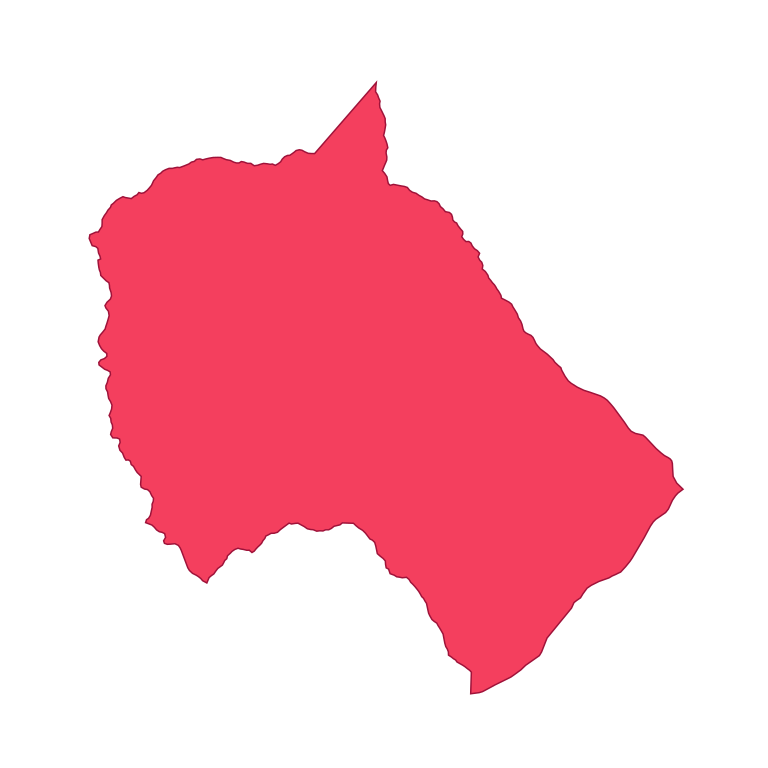 Selvíria, Mato Grosso do Sul, Brazil (Albers equal-area conic projection), rotated 6°
{"feature_id": "56859067B49043027609774", "entity_name": "Selvíria", "entity_type": "district", "adm_level": 2, "iso_a3": "BRA", "parent_name": "Brazil", "parent_adm1": "Mato Grosso do Sul", "projection": "albers", "projection_center": [-51.796, -20.268], "detail": "fine", "context": "isolated", "style": "filled", "palette": "rose", "viewbox_px": 768, "rotation_deg": 6, "n_neighbors": 0, "source": "geoboundaries", "source_scale": "gbopen_adm2", "svg_char_len": 6123}
<svg xmlns="http://www.w3.org/2000/svg" viewBox="0 0 768 768"><g transform="rotate(6 384 384)"><path d="M692.4,457.4L685.5,452.0L681.2,445.7L680.0,438.7L679.6,436.1L679.1,432.9L678.2,430.4L676.4,428.6L674.3,427.5L670.4,425.9L666.9,423.7L661.4,419.8L649.6,409.6L646.9,407.8L642.8,407.3L639.2,406.9L634.8,405.2L631.5,402.2L627.1,396.9L624.0,393.5L615.0,383.6L611.9,380.6L607.8,376.9L604.5,374.9L600.5,373.2L595.8,372.1L589.8,370.7L583.5,369.4L576.7,367.0L570.0,363.7L566.9,361.6L563.3,357.5L559.2,351.6L558.2,349.3L555.2,347.3L551.7,344.6L549.5,342.0L543.3,337.3L535.8,332.8L532.5,329.7L530.8,327.8L529.1,324.9L527.3,322.1L525.1,320.3L522.1,319.3L519.7,318.3L517.7,316.9L516.5,314.7L515.0,310.3L513.3,307.1L510.7,304.0L509.3,300.6L507.6,298.3L506.0,296.2L504.1,293.8L502.6,291.3L499.8,289.5L495.4,287.7L491.9,286.4L491.0,283.6L489.6,281.6L488.1,279.6L486.4,277.8L484.9,275.6L483.4,273.8L481.2,271.9L479.2,269.7L477.0,267.6L476.0,265.0L473.0,261.5L469.7,259.4L469.9,255.8L468.5,252.7L466.3,250.9L464.3,247.8L465.4,244.0L463.0,241.7L459.8,240.0L457.3,237.4L455.7,234.7L453.4,233.4L450.6,233.8L448.0,231.8L445.9,229.4L446.7,226.6L446.3,224.0L443.8,221.7L441.0,218.8L439.4,216.3L437.2,215.5L435.3,213.7L434.6,210.8L433.4,208.2L431.2,206.6L427.0,206.2L424.4,203.6L421.5,201.6L419.9,198.9L417.6,197.1L415.0,196.6L411.7,197.1L408.2,196.3L405.0,195.7L402.2,194.0L399.0,192.7L396.0,191.0L392.2,190.3L389.2,188.7L386.7,186.1L383.7,185.4L380.2,185.2L372.5,184.5L369.4,185.8L367.4,184.3L366.4,181.6L365.3,177.7L362.6,174.4L360.0,172.0L360.8,169.5L361.5,166.9L362.6,163.5L363.3,161.0L363.1,157.9L361.9,154.0L361.9,151.1L363.1,148.7L361.9,145.0L360.5,141.9L359.1,139.2L357.6,136.9L358.1,133.5L358.3,131.0L358.6,126.1L357.8,123.2L357.4,119.9L356.0,117.3L353.6,113.4L351.0,109.4L350.3,105.8L350.5,103.1L348.6,99.7L347.4,97.1L345.1,94.3L344.8,89.4L344.8,85.0L290.9,162.1L287.4,162.4L284.5,162.5L280.8,161.3L278.0,160.1L275.3,159.9L272.2,161.0L270.5,162.8L268.4,164.7L266.4,166.4L264.1,166.8L261.4,168.4L259.3,171.0L258.0,173.8L255.7,176.0L253.0,177.9L250.1,176.9L247.8,177.4L244.7,177.2L241.2,177.2L238.1,178.4L235.6,179.6L232.1,180.5L228.5,178.5L225.0,178.8L221.6,177.9L218.8,177.7L216.8,179.3L214.4,179.6L211.4,179.1L207.7,177.7L203.7,177.4L200.5,176.5L198.1,175.7L194.9,176.0L190.4,176.6L186.5,177.7L183.3,178.8L180.3,180.0L177.4,179.4L174.0,180.2L172.1,182.4L169.2,183.5L166.9,185.6L162.8,187.8L158.2,190.1L155.8,190.1L153.5,190.8L150.9,191.7L147.7,192.0L144.2,193.8L141.6,195.6L139.8,197.8L137.4,199.6L135.7,202.7L133.6,205.9L132.8,208.4L132.0,210.7L130.3,213.3L128.3,216.1L125.3,218.9L122.8,219.7L120.2,219.2L118.7,221.6L115.9,223.5L113.3,226.0L107.2,225.6L104.8,225.0L101.9,226.9L98.7,229.3L95.9,232.7L94.1,234.4L93.5,236.9L91.3,239.9L90.0,242.8L88.3,245.7L86.5,250.0L86.9,253.8L87.0,256.9L85.2,260.3L84.1,262.7L81.5,263.1L78.6,264.8L75.9,266.3L75.6,270.1L79.3,276.9L83.0,277.5L85.2,279.0L86.4,283.5L88.3,286.8L89.1,289.3L86.6,290.7L87.2,293.8L88.1,297.5L89.0,300.3L90.3,302.7L91.0,305.7L96.9,310.4L99.8,312.0L100.6,314.4L101.1,317.3L103.1,321.7L103.8,325.0L103.0,328.2L100.0,331.6L98.3,335.2L99.5,337.5L102.3,340.4L103.5,344.7L102.9,348.4L102.1,352.6L101.4,355.6L100.9,358.5L99.1,361.4L96.7,364.9L95.7,367.1L95.3,371.9L97.2,375.5L99.3,378.4L101.8,380.6L105.1,382.6L105.5,385.5L103.2,388.0L99.9,389.6L98.1,392.3L98.6,394.8L104.6,398.5L107.8,399.4L110.4,400.6L111.0,403.5L109.2,407.1L108.7,411.2L107.6,414.9L108.0,417.8L109.9,420.7L110.8,424.2L111.7,427.2L113.9,430.1L115.7,433.5L115.7,437.4L114.7,441.5L113.9,444.1L115.8,446.7L116.6,450.4L118.1,453.0L118.8,456.4L117.7,460.2L117.4,462.8L119.9,465.9L124.2,465.6L126.8,466.4L127.7,469.6L126.6,473.3L128.3,477.5L131.2,480.0L133.3,484.1L135.3,486.7L137.7,486.2L139.8,487.3L141.0,490.5L143.5,492.1L145.8,495.4L147.8,497.8L152.2,501.3L152.4,509.3L153.3,512.0L156.8,513.5L159.8,513.7L162.4,515.6L164.7,519.4L166.7,521.7L166.8,524.7L165.9,527.8L166.3,530.9L165.4,539.0L163.9,542.2L162.0,543.8L161.4,546.8L164.9,547.7L167.9,548.5L170.5,550.4L173.1,552.9L176.0,554.4L178.8,554.7L181.5,555.7L182.8,559.4L181.2,563.0L182.3,565.4L185.2,566.1L188.3,565.6L192.8,564.7L196.4,566.0L198.3,568.2L199.7,570.5L208.1,587.3L210.0,589.8L213.3,592.3L217.3,593.8L219.5,594.9L222.0,596.5L224.2,598.6L228.6,600.4L230.3,594.8L232.4,592.6L234.6,590.7L236.4,587.4L238.0,584.8L240.1,582.9L242.2,581.0L243.2,578.6L244.1,576.1L245.9,574.2L246.3,571.2L248.9,568.3L250.4,566.3L253.0,564.1L256.0,562.6L258.6,563.1L261.2,563.2L264.9,563.7L267.4,563.4L270.3,565.4L272.4,563.8L274.0,561.3L275.6,559.2L277.3,557.3L278.9,555.2L280.0,552.4L281.6,550.1L282.4,547.5L284.6,546.2L287.3,544.3L290.4,543.9L293.6,542.6L296.2,539.6L299.2,536.8L301.7,534.5L304.1,532.3L306.6,532.9L310.3,531.9L313.0,531.4L319.5,534.1L322.9,536.0L326.4,536.4L328.7,536.3L332.5,537.4L335.5,536.7L338.7,536.5L341.2,535.1L344.2,534.8L346.8,533.1L349.2,530.7L352.6,529.5L354.9,528.7L357.1,526.5L368.2,525.7L370.9,527.8L373.9,529.8L378.1,531.8L381.1,534.2L383.3,536.5L386.2,539.6L388.8,540.5L391.3,542.5L392.8,546.1L395.1,553.4L397.9,555.4L401.4,557.6L403.8,559.8L404.4,563.2L405.4,566.6L407.9,567.6L409.9,572.0L414.2,573.1L416.8,574.4L419.6,574.5L422.4,574.8L426.6,573.9L429.3,575.7L431.3,578.4L433.4,580.0L435.9,582.2L438.3,584.6L440.3,586.7L442.3,589.4L443.7,591.5L445.7,593.0L447.4,595.5L449.2,597.7L451.2,603.9L452.3,607.2L453.7,609.6L456.3,613.2L458.8,614.9L461.5,616.3L463.1,618.7L464.8,620.8L467.0,623.8L468.9,626.5L471.5,635.2L472.9,638.7L474.6,640.9L476.0,643.6L476.5,646.9L479.6,648.5L481.9,650.0L484.1,651.0L485.6,652.8L487.9,653.8L491.6,655.4L494.1,656.7L496.9,658.5L499.3,659.9L501.0,661.5L502.6,683.0L510.9,681.0L514.0,679.7L516.0,678.4L525.6,671.8L540.8,662.2L543.8,659.6L550.0,654.0L554.3,648.9L566.9,637.9L568.7,634.1L571.1,625.4L572.7,619.6L593.9,587.3L595.8,581.5L598.5,578.9L601.8,576.1L603.7,572.0L607.3,565.8L611.2,562.5L618.4,557.9L621.9,556.2L628.0,553.3L631.1,551.0L634.3,549.2L636.8,547.6L639.0,546.3L643.4,540.4L647.2,534.6L649.1,531.0L658.8,509.7L661.4,503.3L663.8,497.5L666.2,493.0L668.5,490.1L677.5,482.4L679.9,478.6L683.0,469.5L685.5,464.8L687.7,461.8L692.4,457.4Z" fill="#f43f5e" stroke="#9f1239" stroke-width="1.5"/></g></svg>